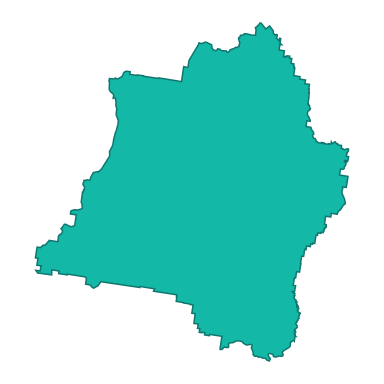 Junee, New South Wales, Australia (Albers equal-area conic projection)
{"feature_id": "25037944B78152286064279", "entity_name": "Junee", "entity_type": "district", "adm_level": 2, "iso_a3": "AUS", "parent_name": "Australia", "parent_adm1": "New South Wales", "projection": "albers", "projection_center": [147.763, -34.815], "detail": "fine", "context": "isolated", "style": "filled", "palette": "teal", "viewbox_px": 384, "rotation_deg": 0, "n_neighbors": 0, "source": "geoboundaries", "source_scale": "gbopen_adm2", "svg_char_len": 5915}
<svg xmlns="http://www.w3.org/2000/svg" viewBox="0 0 384 384"><path d="M37.1,247.1L35.4,257.9L37.9,258.3L36.9,265.3L41.4,265.8L40.8,266.5L40.2,270.9L35.8,270.3L37.6,273.0L51.7,274.9L51.7,269.9L59.0,271.0L58.6,273.6L67.2,274.9L67.3,274.1L85.3,276.9L86.4,278.5L85.6,284.2L90.4,285.0L91.5,286.8L93.7,288.2L98.0,285.7L100.8,281.7L139.9,287.5L140.1,286.5L154.6,288.8L153.5,291.2L176.8,294.8L176.4,296.9L176.8,297.0L176.2,301.4L183.5,302.6L183.5,303.0L190.0,304.0L190.0,304.5L193.1,305.0L191.8,313.2L195.1,313.7L193.9,323.4L198.2,324.1L197.5,328.4L199.8,328.7L199.2,332.3L201.5,332.7L201.6,332.3L204.9,332.8L204.5,334.9L209.4,335.7L209.6,334.4L221.9,336.3L220.0,349.2L220.2,349.5L222.2,349.4L224.0,347.1L226.5,347.5L228.4,347.4L228.7,346.8L228.5,344.8L229.1,343.4L229.7,342.9L232.9,342.7L236.0,341.2L237.3,340.9L238.5,340.8L241.8,341.6L242.4,341.8L243.2,343.1L246.2,344.9L247.2,345.0L250.1,344.4L251.9,344.7L252.2,345.9L251.5,347.1L251.3,347.8L253.1,352.0L253.0,354.4L254.3,356.0L255.2,356.3L256.7,356.1L258.5,357.2L260.5,356.8L262.4,358.1L264.7,358.1L265.8,358.8L266.7,360.0L269.2,361.0L270.1,359.6L270.3,358.8L268.4,356.0L268.2,354.5L268.8,353.6L269.9,353.5L272.9,354.4L273.5,356.5L275.5,357.1L279.5,356.0L281.4,356.3L282.5,356.0L283.2,354.9L282.8,353.5L282.1,352.8L282.3,352.1L284.1,350.4L288.7,347.7L290.0,346.5L290.3,345.4L290.4,342.2L291.6,341.9L292.2,341.0L292.9,340.6L293.9,340.7L294.3,341.2L295.0,336.3L295.8,336.4L294.9,335.5L295.3,334.8L295.2,334.1L294.3,333.5L295.8,332.1L295.2,330.8L294.4,331.0L294.4,329.8L295.7,328.9L297.3,327.3L297.0,326.3L297.1,325.4L296.0,324.2L295.7,323.2L296.8,322.4L296.6,321.5L297.9,320.5L298.0,319.9L297.9,319.2L299.0,318.5L298.8,317.9L299.1,316.1L298.9,315.1L299.4,314.9L299.6,313.9L300.2,313.8L300.3,313.5L299.8,312.7L298.2,312.2L298.0,311.4L297.3,310.7L298.0,310.2L297.9,309.1L298.6,308.9L298.7,308.1L296.8,307.3L296.7,306.0L297.6,306.8L298.1,306.5L297.9,305.7L297.4,305.6L297.1,304.5L296.6,303.9L296.7,302.8L297.0,302.2L295.8,302.3L296.2,300.4L294.4,298.9L294.4,298.2L294.1,297.3L294.8,295.6L294.1,295.5L294.6,294.6L294.5,294.0L294.8,293.5L293.5,293.0L292.4,291.6L294.5,291.8L295.6,285.7L293.2,285.4L294.4,277.8L295.6,278.0L296.6,271.7L299.5,272.1L300.9,263.4L300.5,263.4L301.7,256.1L303.6,256.4L304.7,249.3L306.1,249.6L306.6,246.0L310.3,246.6L310.7,243.9L312.5,244.2L312.7,243.1L314.7,243.5L316.0,235.1L317.5,235.3L317.9,232.9L320.8,233.4L320.9,232.3L323.2,232.6L323.4,231.1L323.8,231.2L324.1,229.2L324.4,229.3L324.5,228.5L324.9,228.6L325.2,227.7L326.2,227.2L325.9,226.5L326.4,226.2L326.2,224.6L324.5,224.3L325.6,216.2L330.8,217.0L331.3,213.3L337.2,214.3L338.0,211.7L340.7,209.5L343.3,205.2L345.1,204.0L345.2,202.5L344.5,199.0L342.3,194.0L341.8,191.8L342.7,189.0L342.5,186.9L346.3,187.4L348.0,176.4L339.5,175.0L340.5,169.0L342.7,169.4L344.2,168.6L344.2,167.3L345.7,165.1L345.8,163.5L346.7,162.2L344.4,161.8L344.6,160.4L347.8,160.9L348.6,156.6L346.3,156.3L346.9,152.7L347.3,152.8L347.5,152.1L348.2,151.4L348.6,149.4L348.3,148.9L347.6,148.8L344.0,149.7L343.3,149.6L342.9,149.1L342.9,148.6L341.2,148.3L341.6,145.5L337.6,144.8L337.7,143.8L336.0,143.5L335.8,142.6L335.4,141.9L334.5,141.9L333.2,143.1L332.1,143.5L331.3,141.9L330.9,144.1L328.4,143.7L328.3,144.3L324.0,143.6L324.1,142.9L321.6,142.5L321.8,143.3L318.4,142.8L317.3,141.7L316.2,141.6L315.9,139.6L315.3,138.8L314.7,138.4L314.1,138.5L313.6,138.3L312.5,135.8L312.8,135.0L313.8,134.2L313.4,132.0L312.4,130.9L311.0,128.4L311.0,127.3L306.1,126.6L306.8,120.8L310.2,121.3L310.3,120.9L310.0,119.6L309.1,118.4L309.2,117.5L307.5,115.4L307.6,114.5L307.3,113.0L308.1,111.0L309.1,110.6L310.5,108.8L309.6,107.3L309.5,105.3L308.3,104.9L308.4,103.7L307.9,103.7L308.8,98.4L308.9,97.4L308.7,97.4L309.3,92.7L308.8,92.7L309.3,89.1L308.7,89.0L309.5,84.4L304.9,83.7L305.5,80.0L299.6,79.1L300.0,76.6L293.7,75.6L294.8,67.9L293.9,67.8L294.2,65.9L293.5,65.8L293.8,63.8L291.0,63.4L291.8,58.5L289.4,58.1L289.8,56.2L287.1,55.8L287.0,56.6L285.4,56.3L285.3,57.1L283.5,56.8L284.4,50.8L279.1,50.0L279.9,44.4L281.6,44.7L280.1,43.1L280.7,38.5L279.6,38.3L279.2,41.0L276.7,38.3L277.3,35.0L277.0,34.6L275.9,34.6L275.1,35.2L273.3,32.9L273.1,30.6L269.6,25.9L266.0,29.0L265.3,28.7L264.9,27.6L262.9,25.8L263.0,25.4L261.6,23.6L260.9,23.1L259.8,23.0L258.8,24.9L257.3,25.9L256.8,26.9L255.4,27.5L255.7,29.0L256.1,29.6L255.5,35.3L253.9,35.1L252.7,35.3L247.0,33.9L244.4,33.7L243.1,35.0L240.4,35.3L240.3,36.5L238.6,37.8L238.7,39.2L239.3,40.8L239.1,41.5L240.0,43.0L239.0,45.0L239.4,45.9L239.2,46.4L238.6,46.4L236.8,47.6L235.6,47.3L234.0,48.5L230.3,49.7L229.2,51.3L227.9,52.3L226.7,52.1L226.4,50.9L221.8,50.7L219.6,49.4L219.7,49.2L217.6,48.8L217.1,49.9L216.2,50.7L213.7,50.0L213.0,49.7L212.0,47.7L211.6,44.7L206.0,42.2L205.4,42.1L201.2,43.7L199.1,42.8L198.2,45.0L189.0,60.4L188.0,67.2L186.8,67.3L183.7,66.6L181.5,81.6L158.8,77.9L158.7,78.4L156.2,78.1L143.7,76.3L143.7,75.8L137.4,74.9L137.3,75.5L129.8,74.3L130.2,71.7L126.4,71.2L124.6,71.9L123.3,73.3L123.2,74.3L122.0,76.5L117.8,78.9L115.9,78.6L115.5,78.0L113.6,79.0L109.4,78.5L109.0,81.2L109.5,81.3L109.2,89.4L110.3,91.6L113.3,94.0L113.6,95.7L113.2,98.3L114.9,97.7L115.2,97.9L116.0,101.7L115.9,105.7L116.1,106.7L116.8,107.9L116.1,114.7L118.4,120.6L118.0,122.8L118.1,124.5L117.4,126.1L116.2,131.0L115.2,133.0L114.8,135.5L113.8,138.5L112.8,145.2L109.5,151.5L109.7,156.0L101.6,168.9L98.5,171.8L98.3,171.5L93.3,172.6L90.8,177.2L90.0,180.0L89.6,180.2L87.0,179.8L86.3,180.2L83.9,180.4L84.0,181.7L83.1,183.1L83.0,184.7L84.6,187.1L84.3,189.7L83.6,189.6L83.3,192.1L82.5,192.0L81.2,202.2L82.0,204.2L82.2,208.2L81.4,208.9L77.5,210.1L74.9,209.7L72.0,210.4L70.8,211.2L70.4,214.0L76.3,214.9L74.7,225.2L73.7,226.1L71.6,226.6L69.9,226.4L65.8,224.3L64.3,224.3L62.5,227.1L61.0,228.5L61.2,229.0L62.5,230.4L62.3,232.1L61.5,233.5L59.4,234.9L58.5,236.2L57.8,241.7L49.3,240.4L49.2,241.1L48.8,241.0L45.6,244.6L44.7,245.3L44.2,245.0L42.6,245.4L42.3,246.2L41.3,246.7L40.8,247.6L37.1,247.1Z" fill="#14b8a6" stroke="#0f766e" stroke-width="1.5"/></svg>